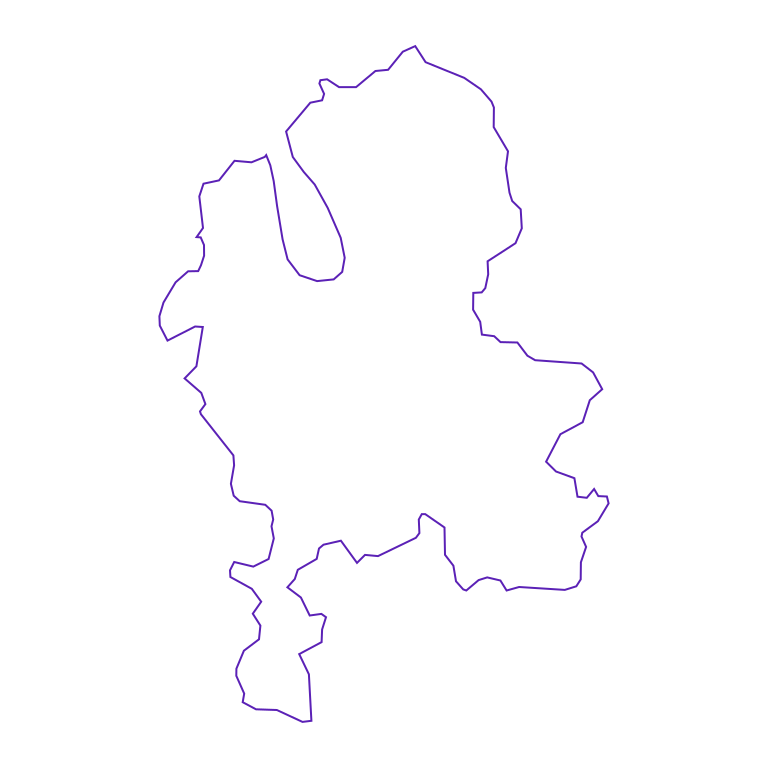 SVG path tracing the border of Staffordshire
{"feature_id": "GBR-2777", "entity_name": "Staffordshire", "entity_type": "Administrative County", "adm_level": 1, "iso_a3": "GBR", "parent_name": "United Kingdom", "parent_adm1": "", "projection": "orthographic", "projection_center": [-2.054, 52.818], "detail": "fine", "context": "isolated", "style": "outline", "palette": "violet", "viewbox_px": 768, "rotation_deg": 0, "n_neighbors": 0, "source": "natural_earth", "source_scale": "10m", "svg_char_len": 2166}
<svg xmlns="http://www.w3.org/2000/svg" viewBox="0 0 768 768"><path d="M224.0,443.5L200.9,414.2L200.0,411.4L205.4,404.1L201.3,392.9L186.8,380.3L184.6,378.4L196.4,366.3L202.8,327.0L195.1,326.5L167.5,340.6L159.8,325.6L159.4,316.2L163.5,302.5L175.6,282.3L188.1,271.3L198.2,271.1L201.0,265.2L204.1,255.7L204.0,245.0L200.7,237.4L196.6,237.1L203.0,228.0L199.3,196.4L203.5,183.7L219.0,180.4L234.5,160.8L251.5,162.3L264.8,156.9L266.2,155.1L270.3,165.3L273.7,181.1L277.1,206.1L282.6,239.4L287.6,259.4L299.6,275.2L317.1,281.1L333.7,279.4L342.2,271.9L344.7,257.8L340.7,237.8L327.7,207.9L314.7,184.5L303.8,172.0L292.8,157.0L286.1,131.5L310.3,102.7L322.1,100.3L324.1,93.9L319.4,83.5L320.4,80.2L327.1,79.3L339.0,87.1L356.1,87.1L375.4,71.0L388.1,69.8L402.8,51.7L415.2,46.1L425.6,62.2L464.3,77.9L480.9,89.3L491.5,101.6L493.9,107.5L493.7,127.1L508.0,151.3L505.8,167.9L509.5,192.7L512.2,201.0L520.7,209.3L521.8,228.3L515.5,243.2L487.6,261.3L488.2,274.3L485.3,288.1L481.7,292.4L473.3,292.9L473.1,309.7L480.2,321.8L481.9,334.6L494.2,336.2L500.5,342.1L517.4,342.5L527.4,355.7L535.1,360.2L581.6,363.5L593.1,372.4L602.2,389.2L589.8,400.2L582.7,422.2L560.4,434.2L546.1,461.7L556.0,471.5L574.4,478.2L577.5,496.7L586.8,497.8L594.1,489.0L598.3,496.1L606.9,496.5L608.6,503.4L597.9,521.2L582.3,532.7L581.5,536.5L586.1,546.9L580.9,562.3L580.7,579.4L576.3,586.3L564.8,589.9L519.1,587.0L506.6,590.5L500.4,580.5L487.2,577.4L478.6,580.1L466.3,590.5L463.2,589.4L456.0,581.3L453.4,565.7L445.0,554.8L444.5,527.5L425.2,514.1L421.8,514.1L418.8,519.5L419.4,533.1L415.9,537.8L378.0,556.1L365.0,554.9L357.0,562.9L340.9,540.7L323.5,544.7L319.0,548.5L316.7,558.9L297.8,569.8L294.8,579.0L287.4,587.3L300.9,597.5L309.7,615.5L321.4,613.9L326.0,617.2L322.1,629.5L321.6,642.1L299.2,654.1L308.9,674.3L311.4,720.8L302.5,721.9L276.8,710.0L256.0,709.3L242.7,702.2L244.2,693.6L236.3,675.8L236.4,668.7L243.9,650.7L259.0,639.3L260.4,625.6L252.8,613.7L261.2,601.7L251.8,588.8L230.4,577.0L230.0,570.3L234.2,562.0L253.3,566.6L268.6,559.0L273.8,538.4L271.5,526.3L273.2,519.5L271.6,510.7L265.3,504.8L239.7,501.2L233.7,495.7L230.9,483.8L234.1,465.3L233.4,455.4L224.0,443.5Z" fill="none" stroke="#5b21b6" stroke-width="2"/></svg>